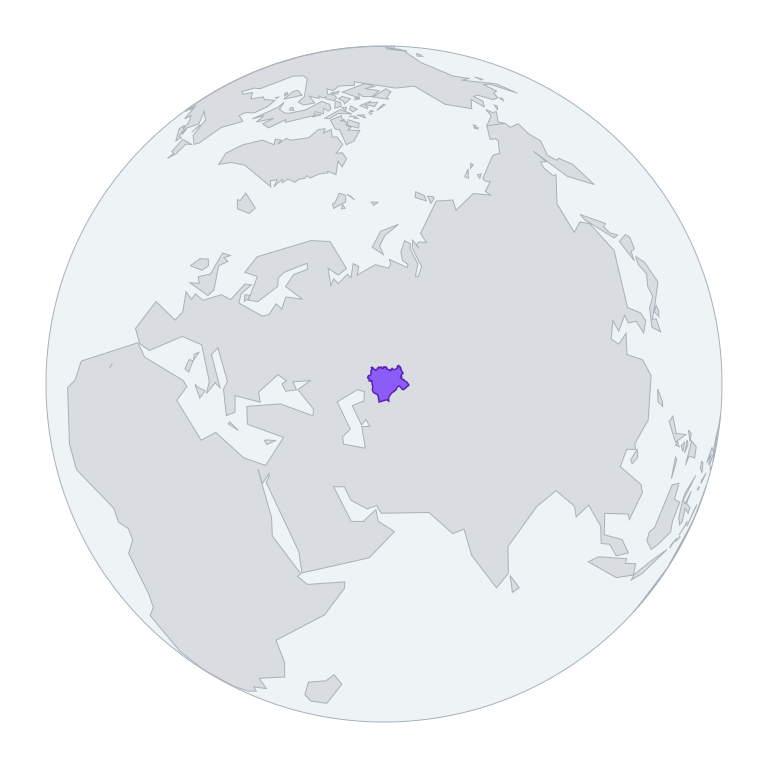 globe centered on Aqtöbe
{"feature_id": "KAZ-3195", "entity_name": "Aqtöbe", "entity_type": "Region", "adm_level": 1, "iso_a3": "KAZ", "parent_name": "Kazakhstan", "parent_adm1": "", "projection": "orthographic", "projection_center": [57.897, 48.229], "detail": "fine", "context": "on_globe", "style": "filled", "palette": "violet", "viewbox_px": 768, "rotation_deg": 0, "n_neighbors": 0, "source": "natural_earth", "source_scale": "10m", "svg_char_len": 14769}
<svg xmlns="http://www.w3.org/2000/svg" viewBox="0 0 768 768"><circle cx="384" cy="384" r="338" fill="#eef3f6" stroke="#a8b0b8"/><path d="M394.3,46.2L394.2,48.4L385.9,47.5L386.9,48.8L397.2,50.2L403.8,51.0L421.0,62.6L453.5,76.2L469.6,78.4L461.5,80.2L496.0,83.8L517.3,93.1L489.5,84.1L483.9,84.6L496.6,91.1L493.6,93.1L498.0,97.7L493.2,99.7L477.3,95.1L473.9,96.5L483.1,101.2L484.2,106.8L471.2,99.5L471.6,108.7L445.1,104.3L414.3,86.1L395.9,88.1L354.3,81.8L354.4,85.3L338.7,86.1L333.0,90.6L326.9,88.9L327.6,94.2L334.2,95.0L336.7,97.7L334.0,100.7L325.7,98.7L325.9,96.9L322.1,97.9L319.1,95.8L319.0,98.5L309.4,96.2L314.7,103.0L303.5,105.0L298.3,102.3L304.4,96.7L307.2,78.9L303.7,75.8L292.7,76.2L260.3,88.7L254.2,88.1L241.8,91.6L242.6,94.1L252.5,92.5L251.0,98.9L263.3,96.9L264.5,99.5L275.0,100.4L267.3,106.8L254.3,112.8L245.2,112.6L239.2,115.5L242.9,121.4L221.3,127.4L198.9,143.1L194.0,144.4L193.1,135.5L205.4,120.1L204.3,111.3L198.8,124.0L186.6,128.1L182.0,132.0L179.1,136.2L181.3,137.6L175.9,140.8L179.2,128.7L184.2,125.6L183.1,129.2L188.8,122.4L191.0,115.5L184.6,118.8L194.6,107.1L190.2,109.6L189.9,108.8L196.3,105.5L185.0,111.6L191.1,106.6L211.2,93.6L232.2,82.1L254.0,72.1L276.4,63.7L299.4,56.8L322.8,51.7L346.5,48.2L370.3,46.4L394.3,46.2ZM407.3,51.2L397.8,50.1L389.5,48.5L397.8,49.0L407.3,51.2ZM422.5,56.4L417.2,56.0L416.7,53.6L419.9,54.5L422.5,56.4ZM481.8,80.0L474.7,77.0L482.7,79.3L481.8,80.0ZM499.4,98.0L502.4,98.4L503.4,100.7L499.4,98.0ZM278.4,97.0L276.7,98.6L275.6,97.6L278.4,97.0ZM284.6,96.0L284.6,93.5L287.5,92.7L287.5,94.2L284.6,96.0ZM497.1,106.0L497.7,109.9L494.3,105.1L497.1,106.0ZM283.9,99.2L292.7,91.6L297.9,90.4L302.0,95.2L283.9,99.2ZM496.3,111.7L498.2,122.0L505.1,123.4L486.8,125.8L491.2,115.9L485.9,109.5L492.3,112.5L496.3,111.7ZM337.5,94.0L330.3,93.2L338.9,91.2L337.5,94.0ZM342.4,92.1L365.1,83.4L374.4,86.5L364.9,88.5L379.0,90.8L372.3,96.5L363.1,96.6L358.4,93.3L359.5,98.1L342.4,92.1ZM476.3,125.9L474.4,127.9L473.4,124.9L476.3,125.9ZM338.4,98.7L342.2,96.4L350.5,98.8L344.5,103.9L343.7,101.4L338.4,98.7ZM385.9,88.8L391.0,91.8L387.0,97.2L388.5,99.2L373.0,97.0L385.9,88.8ZM340.4,102.4L341.2,106.4L334.8,108.1L335.3,101.1L340.4,102.4ZM355.2,97.5L358.8,99.0L354.8,99.7L355.2,97.5ZM312.4,117.1L316.7,113.9L321.4,114.8L312.4,117.1ZM341.9,107.8L344.1,107.3L346.5,107.4L345.6,110.4L341.9,107.8ZM371.2,101.1L368.5,102.9L377.4,102.2L374.8,106.6L364.9,104.5L368.0,107.3L367.3,108.6L360.1,105.5L371.2,101.1ZM351.8,113.9L338.4,113.4L329.3,118.9L324.9,118.1L340.2,109.5L351.8,113.9ZM357.3,109.2L352.9,111.9L349.6,109.3L350.6,105.9L357.3,109.2ZM376.6,110.5L383.1,104.3L385.1,105.0L376.6,110.5ZM349.9,116.0L353.2,116.1L349.6,116.6L349.9,116.0ZM369.1,112.6L371.1,110.2L373.3,111.1L369.1,112.6ZM358.0,118.5L353.7,118.2L354.2,115.8L358.0,118.5ZM363.6,116.2L366.1,118.0L357.0,115.1L364.2,114.9L363.6,116.2ZM370.8,113.8L372.7,113.5L369.6,114.7L370.8,113.8ZM358.6,128.2L347.0,125.2L348.1,119.7L359.2,123.3L358.6,128.2ZM69.5,444.3L67.6,387.7L75.2,379.9L81.3,361.1L137.9,342.7L144.6,357.1L183.2,380.5L187.0,386.8L176.7,400.2L201.1,440.2L215.7,432.4L243.5,457.7L265.6,465.4L283.6,437.4L247.4,424.2L246.8,406.4L280.4,403.9L312.8,415.8L313.6,409.3L297.9,389.6L310.2,380.6L293.0,381.8L296.4,389.9L285.7,391.2L281.9,383.9L286.4,380.8L278.0,374.6L258.7,392.0L260.1,402.2L235.1,395.6L235.0,412.2L226.4,415.7L223.5,389.1L227.5,381.7L217.9,347.7L211.5,354.7L220.0,387.6L215.2,382.7L206.5,393.5L209.3,381.4L201.7,344.8L182.3,336.4L149.2,350.5L139.7,343.6L135.5,328.4L156.1,301.5L175.1,320.1L182.7,311.9L186.1,291.8L191.6,299.5L195.3,293.9L203.2,300.3L221.5,294.7L230.6,299.7L244.8,284.1L251.4,284.9L241.1,293.7L238.9,303.0L262.3,316.1L268.9,314.6L276.2,303.7L281.8,309.2L285.8,297.0L302.7,299.3L285.5,286.6L293.6,274.6L307.6,269.3L307.2,263.3L284.4,272.2L278.2,278.0L277.7,286.4L257.9,301.6L248.3,300.2L257.4,276.5L244.8,272.3L257.3,256.7L311.1,240.6L330.0,241.5L346.5,268.6L338.1,275.0L328.0,268.2L330.9,285.7L333.7,278.8L338.3,283.7L347.3,274.4L351.0,277.5L353.2,263.6L358.7,266.4L357.2,275.1L375.1,264.7L388.5,268.1L390.7,264.3L389.4,259.4L407.2,267.6L408.1,264.5L402.6,260.6L400.8,252.1L404.6,240.6L410.5,244.0L410.0,248.6L417.8,263.9L415.4,276.3L418.2,276.6L421.7,266.8L412.2,248.0L412.8,240.2L418.6,248.2L416.5,244.6L418.7,241.9L426.4,242.5L420.6,233.5L436.2,201.1L452.7,200.0L456.1,210.2L473.3,193.5L490.6,195.1L485.4,191.3L490.2,181.7L484.9,181.0L482.8,178.5L492.7,155.4L499.6,153.3L498.1,140.4L495.5,138.7L490.2,139.4L486.8,125.8L505.1,123.4L510.1,127.4L518.2,123.8L528.5,133.8L540.7,141.0L547.3,155.2L556.5,160.2L558.6,158.3L572.6,164.3L594.1,184.5L567.4,176.4L533.3,151.1L546.4,161.7L540.7,162.1L543.7,167.8L553.2,175.6L556.0,174.7L557.0,203.8L574.3,232.4L579.8,222.0L589.6,223.6L614.1,250.5L627.5,307.5L640.7,313.0L645.8,321.1L643.6,332.8L636.2,321.2L628.4,323.1L624.6,315.3L618.7,331.2L612.9,320.7L611.1,338.9L618.7,344.1L626.0,333.4L627.0,354.6L642.5,359.7L651.1,375.6L648.2,420.0L634.9,443.5L635.5,449.5L626.7,449.2L620.3,466.7L641.0,484.5L642.3,492.8L629.4,519.5L628.2,514.0L604.8,513.4L604.2,534.7L622.1,539.5L628.4,552.9L616.3,555.8L609.5,544.2L601.2,543.5L600.7,526.1L588.6,505.1L576.2,517.0L574.6,506.3L556.1,490.6L536.8,506.5L508.0,546.4L508.3,573.5L496.5,587.9L471.6,555.3L464.0,529.0L452.7,533.6L429.0,512.5L381.3,513.2L376.6,505.5L367.2,508.9L350.8,500.2L344.4,486.9L333.6,486.6L351.2,521.3L363.1,521.5L375.9,509.6L378.3,521.3L394.4,531.6L369.2,557.8L301.9,572.9L298.9,551.8L266.2,482.4L269.2,475.9L269.2,475.1L269.0,473.5L262.4,483.5L257.9,469.3L271.6,517.8L272.3,536.0L300.9,573.9L297.4,576.4L307.6,584.4L344.9,581.9L344.4,588.4L324.6,614.8L276.0,640.3L284.6,662.3L284.7,677.0L259.2,678.3L266.3,688.6L253.8,686.9L256.2,691.1L248.9,691.2L235.0,686.8L206.0,671.2L200.4,667.3L180.0,651.4L150.1,615.5L153.3,607.5L149.1,594.8L128.6,553.3L132.8,540.0L128.3,528.7L118.5,522.0L113.7,508.2L108.2,502.4L76.5,469.6L69.5,444.3ZM112.4,363.2L109.4,368.3L112.4,363.2ZM343.5,444.1L365.3,448.2L361.8,426.5L369.9,426.5L365.8,419.4L361.5,425.0L352.2,405.7L363.9,400.9L364.4,391.5L357.1,389.8L337.2,401.9L350.3,429.2L342.6,436.8L343.5,444.1ZM186.4,128.8L186.0,129.9L182.2,134.3L182.2,132.5L186.4,128.8ZM176.0,153.7L167.4,158.4L173.6,153.5L171.9,151.5L182.7,139.4L192.0,144.5L185.9,144.1L176.0,153.7ZM199.8,125.6L191.8,132.1L200.2,124.8L199.8,125.6ZM208.3,259.1L208.5,265.7L202.0,270.3L190.5,265.7L199.9,258.8L208.3,259.1ZM210.5,274.1L222.7,253.0L230.3,255.6L224.0,257.6L227.8,261.4L218.6,265.8L214.0,289.7L207.9,295.5L190.0,282.8L199.2,283.4L198.3,276.7L210.5,274.1ZM240.4,200.5L245.7,193.1L255.3,208.1L249.2,213.4L237.3,208.7L237.6,199.7L240.4,200.5ZM289.4,110.0L290.8,107.4L293.1,107.8L293.8,110.3L289.4,110.0ZM314.0,115.5L285.5,122.4L285.7,119.6L268.7,127.9L262.6,123.8L273.8,118.4L256.5,122.0L264.1,115.5L252.3,118.9L277.8,107.4L284.0,102.3L279.4,109.4L284.8,113.1L289.1,113.2L305.6,109.9L321.6,101.4L329.5,104.3L330.9,108.7L328.2,111.2L323.9,108.3L323.5,113.7L315.2,111.6L314.0,115.5ZM342.0,166.9L338.1,161.1L335.9,174.5L327.6,171.2L327.9,172.9L319.6,173.8L310.0,178.0L307.1,175.5L304.7,178.4L299.1,179.2L294.8,182.3L288.0,179.1L282.1,182.8L282.3,179.2L273.9,186.6L277.1,179.8L270.3,180.7L270.8,186.8L244.9,165.2L231.6,162.5L218.8,164.3L225.9,153.2L242.5,144.9L262.4,140.1L274.2,144.7L275.3,139.3L281.3,140.0L277.9,144.0L286.6,138.4L290.6,140.2L308.4,137.9L318.5,129.5L325.2,128.8L323.3,133.0L331.3,129.4L332.2,137.1L337.0,136.9L342.7,144.6L336.1,153.4L342.1,152.6L346.6,158.8L342.0,166.9ZM359.8,130.5L353.8,141.1L346.4,144.7L339.6,129.9L335.1,129.0L330.5,120.3L341.4,115.5L341.7,118.3L344.6,120.0L340.0,120.8L345.8,121.5L346.4,125.6L351.0,127.3L347.8,130.1L359.8,130.5ZM195.0,384.4L198.6,387.7L205.1,390.9L199.7,398.1L195.0,384.4ZM189.2,359.5L193.1,360.9L188.6,371.9L184.9,368.8L189.2,359.5ZM198.9,352.5L193.6,360.1L194.2,354.1L198.9,352.5ZM245.0,294.5L249.6,295.6L248.6,298.5L244.3,301.3L245.0,294.5ZM333.6,208.4L332.6,203.8L334.8,203.0L339.3,193.2L345.8,195.2L345.6,201.9L333.6,208.4ZM275.3,440.7L266.8,444.5L264.4,440.4L267.8,439.9L275.3,440.7ZM229.8,421.9L238.4,430.4L228.2,423.8L229.8,421.9ZM341.4,208.9L342.5,204.5L345.1,208.3L341.4,208.9ZM350.7,196.2L354.4,199.8L347.1,194.3L350.7,196.2ZM341.9,684.3L326.6,703.4L310.6,700.9L304.8,694.5L308.5,682.2L326.1,680.8L334.0,674.6L341.9,684.3ZM675.6,541.6L680.2,536.1L679.8,537.3L675.6,541.6ZM671.1,544.8L676.8,538.0L669.6,548.1L671.1,544.8ZM678.9,535.3L684.7,526.0L687.2,521.1L686.4,523.7L678.9,535.3ZM666.9,549.6L641.9,573.7L631.2,580.0L634.4,574.4L651.7,560.5L666.9,549.6ZM633.5,575.0L616.3,577.6L588.3,561.8L598.4,556.8L626.8,558.8L625.2,563.3L635.6,563.7L633.5,575.0ZM672.5,520.9L670.6,532.0L657.5,544.9L651.1,549.3L646.8,540.8L649.3,532.0L654.7,527.4L672.2,484.8L679.0,483.3L674.4,499.3L679.8,502.2L672.5,520.9ZM510.1,575.4L519.2,587.8L512.4,592.3L510.1,575.4ZM676.8,459.9L671.4,478.6L675.5,457.1L676.8,459.9ZM677.6,441.9L679.2,446.8L675.3,445.0L677.6,441.9ZM637.8,457.4L632.2,463.7L630.8,459.8L637.1,449.5L637.8,457.4ZM657.7,389.1L662.3,401.3L662.8,406.4L658.0,401.7L657.7,389.1ZM398.4,224.4L384.9,235.4L379.6,245.7L383.3,254.7L372.3,247.2L380.6,231.3L398.4,224.4ZM430.9,203.4L427.5,196.2L432.7,196.6L434.2,198.3L430.9,203.4ZM426.2,200.9L415.1,197.4L415.7,191.7L424.3,195.5L426.2,200.9ZM377.9,202.3L373.5,205.3L371.5,202.1L377.9,202.3ZM633.3,612.2L633.9,611.5L636.1,609.0L642.4,600.8L667.4,567.7L687.2,531.7L694.0,518.5L703.4,493.7L706.3,485.5L698.1,508.7L688.2,531.1L676.7,552.8L663.7,573.7L649.2,593.5L633.3,612.2ZM686.7,526.6L694.0,510.2L697.0,504.4L686.7,526.6ZM713.4,459.2L712.9,461.4L714.8,452.8L715.3,448.6L709.7,464.8L708.6,464.1L711.3,454.5L706.5,462.9L712.0,447.7L713.4,451.4L716.2,436.4L719.1,424.4L720.4,415.9L713.4,459.2ZM710.3,467.8L711.1,465.5L709.9,470.2L710.3,467.8ZM699.2,486.0L698.7,489.1L697.0,490.4L699.2,486.0ZM701.6,480.3L706.3,472.9L701.0,483.4L701.6,480.3ZM683.2,500.3L685.1,503.8L691.3,491.2L686.5,503.4L689.9,507.4L688.1,513.2L685.0,508.3L682.4,521.4L679.6,524.9L678.8,517.5L682.2,502.0L685.0,493.3L695.7,475.5L683.2,500.3ZM701.9,472.9L700.5,468.3L701.4,461.4L703.0,462.5L701.9,472.9ZM694.7,458.1L689.1,456.0L685.4,465.3L691.7,440.8L696.2,446.9L694.7,458.1ZM688.0,444.4L684.6,453.0L687.2,440.0L688.0,444.4ZM683.0,451.4L681.2,445.8L684.6,442.3L683.0,451.4ZM690.0,441.7L688.4,430.0L691.3,434.0L690.0,441.7ZM676.2,433.4L685.8,434.5L675.6,442.2L669.1,421.7L672.9,416.1L676.2,433.4ZM658.8,316.8L654.4,311.9L656.2,305.5L658.7,310.7L658.8,316.8ZM657.9,281.9L655.2,302.2L652.4,319.4L656.1,318.7L660.6,331.9L651.9,327.2L649.6,307.6L652.8,296.6L647.7,286.4L646.6,273.9L638.2,264.3L635.9,256.7L644.5,262.2L657.9,281.9ZM634.4,260.7L619.4,241.5L625.3,234.6L629.9,237.3L634.3,248.8L630.9,251.7L634.4,260.7ZM617.5,235.1L614.0,237.9L584.8,219.8L580.1,214.5L605.4,223.5L603.6,226.9L609.7,232.8L617.5,235.1ZM478.0,129.2L474.8,128.0L478.0,127.4L478.0,129.2ZM479.8,178.4L477.5,174.9L481.3,173.9L479.8,178.4ZM473.2,164.9L470.4,168.4L470.9,163.3L473.2,164.9ZM464.7,176.7L468.1,169.1L468.4,178.4L464.7,176.7Z" fill="#d9dde1" stroke="#a8b0b8" stroke-width="1"/><path d="M388.8,401.1L388.4,400.9L387.9,400.5L387.5,400.2L387.2,400.1L386.8,399.8L386.7,399.7L386.3,399.8L386.0,399.9L385.8,400.0L385.5,400.1L385.3,400.1L385.1,400.2L384.8,400.3L384.6,400.3L384.3,400.4L383.8,400.6L383.3,400.7L382.8,400.9L382.3,401.0L381.9,401.2L381.5,401.3L381.1,401.4L380.7,401.5L380.3,401.7L379.9,401.8L379.5,401.9L379.1,402.0L378.4,397.4L378.2,396.6L378.0,396.2L377.9,395.8L377.8,395.5L377.5,395.0L377.4,394.4L374.3,393.1L373.5,392.3L373.0,391.5L372.7,390.6L372.4,390.1L372.4,389.3L372.8,387.2L372.8,386.5L372.5,385.1L372.1,384.6L372.1,383.9L372.0,383.2L371.9,382.6L372.0,381.8L372.1,381.7L372.1,381.4L372.0,380.7L371.6,380.7L371.4,380.5L371.3,380.3L371.1,380.3L370.8,380.7L370.5,381.2L369.1,380.8L369.2,380.6L369.2,380.3L369.2,379.7L369.1,379.0L368.9,378.3L368.6,378.7L368.4,378.6L368.4,378.4L368.0,378.2L367.7,377.9L367.8,377.3L368.0,376.7L368.0,376.3L368.2,376.2L368.4,375.9L368.6,375.7L369.0,375.6L369.1,375.4L369.3,375.4L369.8,375.5L370.2,375.3L370.3,375.0L370.4,374.8L370.7,374.6L370.9,374.4L371.0,374.0L371.2,373.7L371.2,373.4L371.3,373.1L371.2,372.9L371.1,372.7L370.9,372.4L371.0,371.8L370.8,371.1L371.1,370.9L371.2,370.6L371.4,370.2L371.5,370.2L371.8,369.9L371.9,369.6L371.8,369.1L371.9,368.8L371.9,368.7L371.9,368.4L371.9,368.1L371.7,368.0L371.5,367.9L371.4,367.8L371.5,367.7L371.5,367.4L371.9,367.2L372.0,367.2L372.1,367.3L372.3,367.5L372.5,367.6L372.7,367.8L372.8,368.0L373.4,368.1L373.5,368.3L373.4,368.5L373.5,368.7L374.3,369.5L374.5,369.6L374.8,369.5L375.0,369.6L375.1,369.8L375.3,370.0L375.5,370.2L375.6,370.3L376.0,370.0L376.7,369.7L377.2,369.2L377.3,369.1L377.5,368.4L377.5,368.2L377.9,368.3L378.0,368.3L378.2,368.2L378.3,367.9L378.5,367.8L378.6,367.7L378.5,367.4L378.7,367.2L378.9,367.2L379.2,367.7L379.2,367.8L379.5,367.8L379.6,367.7L379.5,367.4L379.6,367.2L379.8,367.2L380.0,367.3L380.3,367.3L380.5,367.2L380.8,367.3L380.9,367.2L381.2,367.1L381.3,367.1L381.4,367.4L381.4,367.5L381.5,367.6L381.7,367.8L381.8,367.9L381.8,368.1L381.9,368.3L382.0,368.3L382.2,368.5L382.3,368.5L382.5,368.4L382.6,368.2L382.9,368.2L383.2,368.3L383.4,368.2L383.4,367.8L383.4,367.4L383.4,367.2L383.5,367.1L383.6,366.9L383.8,367.0L384.1,367.1L384.3,367.1L384.7,367.1L384.8,367.3L385.0,367.3L385.1,367.2L385.2,366.9L385.3,366.9L385.5,366.8L385.7,367.0L385.8,367.2L385.9,367.3L386.3,367.3L386.5,367.4L386.6,367.5L386.6,367.8L386.6,368.0L386.4,368.1L386.4,368.3L386.5,368.4L386.5,368.5L386.8,368.5L386.8,368.8L387.0,368.9L387.3,369.1L387.4,369.3L387.7,369.5L387.8,369.5L388.9,369.6L389.0,369.7L389.0,369.8L389.6,369.8L389.8,369.8L390.0,370.0L390.1,370.3L389.9,370.2L389.8,370.3L389.9,370.5L390.1,370.7L390.3,370.5L390.5,370.4L390.9,370.4L391.0,370.3L391.2,370.1L391.3,369.8L391.4,369.7L391.5,369.6L391.6,369.4L391.5,369.2L391.7,368.6L391.9,368.4L392.1,368.4L392.3,368.5L392.4,368.9L392.5,369.1L392.8,369.3L393.0,369.4L394.5,369.5L394.9,369.4L395.9,369.0L397.0,368.7L397.1,368.3L397.2,368.1L397.2,367.6L397.2,367.4L397.4,366.4L397.4,366.1L397.5,366.0L397.7,365.9L397.9,365.8L398.4,365.7L398.7,365.5L398.9,365.9L398.9,366.2L399.0,366.5L399.3,366.9L399.7,366.6L400.3,367.0L400.2,367.1L400.1,367.5L400.7,368.1L400.4,368.6L400.5,369.0L401.0,369.1L401.4,370.4L402.1,371.7L402.9,372.8L403.0,373.5L402.7,373.7L402.3,373.5L401.9,373.9L401.7,374.5L401.4,374.9L401.2,375.4L401.4,375.9L400.9,375.9L400.8,376.1L400.8,376.4L401.7,377.6L401.3,377.7L400.9,377.9L401.2,378.0L401.6,378.6L402.5,379.6L403.1,379.7L403.4,379.5L403.9,379.6L404.0,380.0L404.0,380.6L406.5,381.7L407.9,383.5L408.7,384.7L408.9,385.0L408.5,385.5L403.8,389.5L403.4,389.6L403.0,389.4L402.6,389.3L402.2,389.2L402.3,389.0L401.6,388.1L401.0,387.6L400.5,387.4L399.7,386.3L398.6,386.3L397.6,386.6L396.8,387.9L396.5,388.9L395.5,390.4L394.6,390.4L394.2,390.8L394.1,391.5L393.2,391.8L392.2,392.6L391.2,393.6L389.0,396.7L388.6,398.2L388.8,401.1Z" fill="#8b5cf6" stroke="#5b21b6" stroke-width="1.5"/></svg>